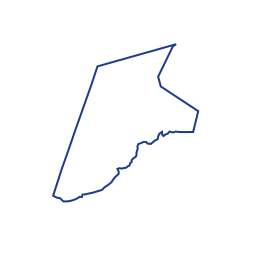 outline of Tangará, Rio Grande do Norte, Brazil, rotated 31°
{"feature_id": "56859067B19531014030486", "entity_name": "Tangará", "entity_type": "district", "adm_level": 2, "iso_a3": "BRA", "parent_name": "Brazil", "parent_adm1": "Rio Grande do Norte", "projection": "robinson", "projection_center": [-35.801, -6.218], "detail": "fine", "context": "isolated", "style": "outline", "palette": "blue", "viewbox_px": 256, "rotation_deg": 31, "n_neighbors": 0, "source": "geoboundaries", "source_scale": "gbopen_adm2", "svg_char_len": 1107}
<svg xmlns="http://www.w3.org/2000/svg" viewBox="0 0 256 256"><g transform="rotate(31 128 128)"><path d="M185.9,97.9L182.4,86.6L179.5,77.4L145.7,76.0L134.7,75.5L127.4,68.5L124.4,34.8L126.1,31.4L83.6,76.5L70.1,90.9L74.2,109.1L84.2,158.2L88.4,177.9L92.3,197.1L98.7,224.6L101.3,224.5L103.5,224.2L105.5,223.2L107.4,223.5L110.2,224.2L112.5,223.0L115.1,221.1L116.6,219.7L118.4,217.7L120.0,215.6L121.2,213.7L121.9,211.9L124.0,210.9L123.3,208.5L125.8,206.6L128.2,204.3L131.6,201.1L135.0,197.3L137.5,194.6L138.6,190.4L140.3,187.1L141.7,183.1L141.9,179.8L142.3,176.5L143.6,172.3L142.8,170.5L140.0,168.4L141.5,166.8L143.5,166.0L145.1,164.5L146.9,162.9L147.5,161.0L148.6,159.4L148.0,157.1L148.6,155.2L147.7,153.5L148.3,151.0L149.5,148.6L149.1,146.5L147.9,144.6L147.0,140.8L145.5,138.8L145.1,136.4L146.6,134.6L148.8,131.7L150.8,130.7L152.8,131.3L155.8,129.9L157.0,126.2L157.8,124.4L159.2,122.4L158.2,119.6L157.9,116.6L159.2,113.8L160.6,116.0L162.6,116.6L163.2,114.6L164.9,112.5L165.5,109.6L167.2,109.2L169.0,108.6L170.6,106.6L172.7,105.6L174.5,104.8L185.9,97.9Z" fill="none" stroke="#1e3a8a" stroke-width="2"/></g></svg>